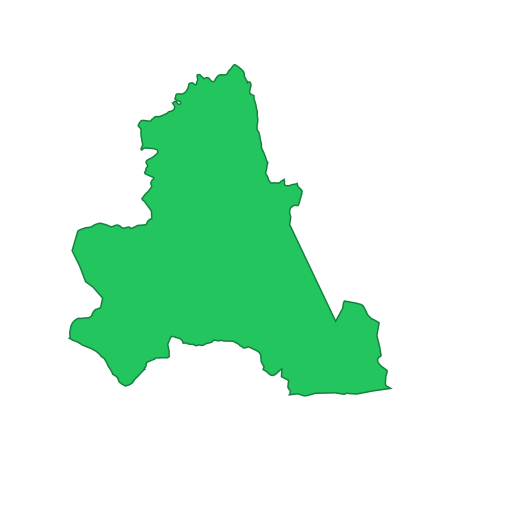 outline of Birim Central Municipal, Eastern, Ghana, rotated 112°
{"feature_id": "2480657B80684943588404", "entity_name": "Birim Central Municipal", "entity_type": "district", "adm_level": 2, "iso_a3": "GHA", "parent_name": "Ghana", "parent_adm1": "Eastern", "projection": "mercator", "projection_center": [-1.02, 5.977], "detail": "fine", "context": "isolated", "style": "filled", "palette": "green", "viewbox_px": 512, "rotation_deg": 112, "n_neighbors": 0, "source": "geoboundaries", "source_scale": "gbopen_adm2", "svg_char_len": 6132}
<svg xmlns="http://www.w3.org/2000/svg" viewBox="0 0 512 512"><g transform="rotate(112 256 256)"><path d="M402.8,316.8L402.8,317.1L402.6,317.3L402.2,317.5L400.8,316.9L399.9,316.8L399.2,316.8L396.4,317.4L395.6,317.4L395.3,317.2L389.3,311.2L388.4,310.8L387.8,310.3L387.3,309.3L387.0,308.0L386.7,307.2L385.4,304.8L383.7,300.4L383.4,299.9L382.6,299.2L382.1,298.9L381.0,298.9L379.2,300.1L377.5,300.5L370.9,304.8L362.8,304.6L361.6,302.7L361.4,302.1L361.6,299.7L361.1,297.2L361.1,295.6L361.8,293.2L362.7,292.1L363.5,291.5L364.1,290.8L364.0,290.1L362.7,288.5L363.0,286.6L362.6,284.3L361.5,281.2L361.7,278.0L359.7,275.3L359.4,273.0L358.6,271.7L357.7,270.8L355.8,269.4L353.8,266.3L352.2,264.7L350.1,263.7L349.6,262.9L349.2,261.8L349.1,260.0L348.4,258.5L347.1,256.4L346.8,253.9L343.6,245.5L344.2,239.5L345.2,236.9L345.2,235.0L345.9,233.9L345.8,232.8L344.8,231.0L343.4,229.5L343.0,228.9L343.5,220.0L344.0,217.6L344.3,216.7L345.7,214.8L351.9,211.6L353.5,209.9L355.8,207.0L358.5,207.0L358.8,205.9L358.9,204.1L359.4,202.5L360.7,198.9L360.9,197.8L360.5,195.8L359.4,194.3L357.9,193.3L351.6,190.3L351.3,190.0L351.1,189.6L358.4,187.2L359.1,179.2L364.7,177.6L366.2,176.9L367.1,175.6L367.7,174.3L369.1,173.2L370.7,173.0L372.2,173.1L368.6,166.6L368.0,164.8L367.8,160.5L367.6,159.2L367.1,157.7L366.0,155.9L364.9,154.6L362.5,151.3L361.4,150.3L353.2,131.4L351.2,122.4L349.4,120.8L348.9,118.9L346.3,111.0L337.2,96.9L328.3,81.5L327.9,83.9L327.9,85.3L327.7,86.4L327.2,87.3L325.9,88.2L319.6,90.4L314.5,91.0L313.2,91.5L312.9,91.9L311.5,97.7L310.8,99.8L309.0,102.9L307.9,103.8L306.7,104.4L305.8,104.5L304.5,104.4L302.7,103.2L301.5,102.7L294.3,107.1L284.4,114.2L271.8,116.8L271.0,122.3L270.8,125.6L270.1,127.5L268.9,130.1L267.1,132.3L265.8,133.5L262.3,137.6L261.9,138.7L261.7,139.7L261.6,140.6L262.2,145.5L264.6,157.2L267.0,157.3L267.7,157.0L272.1,156.1L272.9,156.1L286.7,157.7L214.1,236.7L211.3,237.2L209.2,237.8L206.9,238.3L203.9,240.7L200.6,242.0L198.2,241.8L194.9,239.9L194.3,238.4L193.9,236.8L193.0,235.8L190.1,235.8L189.2,236.0L186.5,236.4L185.3,236.3L183.4,236.7L181.9,236.7L180.5,237.0L178.4,237.7L177.8,238.5L176.4,241.8L176.0,243.1L173.3,245.1L175.2,247.2L175.7,248.4L176.8,249.9L178.1,251.1L179.5,254.2L179.3,256.3L177.3,257.2L176.5,257.3L174.4,258.5L177.4,260.8L179.5,261.6L179.7,262.6L180.4,263.1L180.6,264.5L180.9,265.5L182.8,269.6L181.9,270.9L181.0,272.5L178.2,274.9L175.8,278.1L170.7,278.9L167.8,279.7L165.0,280.0L163.6,282.0L161.4,283.7L157.9,286.9L153.7,291.4L150.0,293.0L147.3,295.0L142.7,297.9L140.2,299.7L138.6,302.2L136.3,303.3L134.0,304.1L131.0,304.7L128.1,305.8L125.6,307.3L122.0,308.7L118.9,310.9L116.0,312.7L113.7,314.4L111.3,316.6L108.0,318.1L108.1,320.2L107.4,322.7L106.2,323.4L103.6,324.0L101.6,324.2L100.0,324.5L98.3,325.3L97.0,326.8L97.4,327.9L98.7,328.9L97.5,329.4L96.8,330.5L93.8,334.0L90.8,335.6L90.0,336.4L89.5,337.1L88.6,339.0L87.1,343.5L87.0,344.6L86.6,346.0L86.5,346.9L86.9,347.9L88.0,348.4L93.2,349.8L93.3,350.0L93.7,350.1L94.4,350.6L95.2,350.8L97.5,350.8L98.4,351.2L99.3,352.0L99.7,352.8L100.3,354.1L101.1,356.6L102.3,358.1L103.4,358.8L104.8,359.3L107.1,359.8L107.4,360.0L108.0,359.8L109.3,360.0L110.3,360.6L110.6,361.6L110.4,363.1L109.5,365.1L108.9,366.1L108.7,367.0L108.7,367.6L109.1,368.8L110.6,369.9L110.9,370.6L110.7,371.5L109.4,375.1L109.0,375.7L109.3,377.3L109.8,378.0L110.5,378.3L111.5,378.0L112.2,377.4L113.8,376.4L115.4,376.0L117.5,376.1L119.0,375.5L119.6,375.8L119.9,376.5L119.8,377.9L119.3,379.3L119.3,380.2L119.9,381.1L121.3,382.6L125.9,381.9L129.7,382.5L131.7,383.5L132.8,384.4L133.5,385.2L135.1,389.6L135.5,390.1L136.3,390.5L136.8,390.5L139.0,390.1L140.1,390.2L140.7,389.9L141.1,389.4L141.4,387.4L141.4,384.0L141.7,383.4L142.4,383.1L143.2,383.1L143.8,383.4L144.1,383.8L144.3,384.9L144.0,385.7L142.8,387.8L143.2,389.4L144.7,390.3L145.2,390.2L145.4,390.6L146.1,389.9L146.9,388.5L147.7,387.6L148.6,387.1L150.2,386.9L150.8,386.9L151.2,387.1L152.6,387.9L153.1,388.4L153.5,388.9L154.6,390.5L155.5,391.3L157.0,391.8L161.5,396.2L162.8,397.7L163.3,398.6L163.8,400.1L164.8,401.8L165.2,402.1L167.6,403.1L168.2,403.6L168.8,403.9L170.1,403.8L170.8,405.0L172.5,411.3L173.1,412.6L173.4,413.0L175.3,413.7L176.5,414.0L179.0,414.1L179.7,413.7L180.9,410.9L181.6,410.2L182.7,409.6L185.2,408.7L187.8,407.5L191.1,405.3L192.6,404.6L193.4,403.9L194.5,403.1L195.6,402.7L198.3,402.6L198.4,402.8L200.0,402.7L200.5,401.9L200.3,401.4L198.3,400.5L197.6,399.7L197.4,399.3L196.9,397.6L196.6,397.1L194.7,390.6L194.6,390.0L194.7,387.4L195.2,386.7L196.2,386.0L197.5,386.0L199.8,386.9L200.6,387.4L201.1,387.5L204.5,389.8L206.9,392.1L208.7,393.1L209.9,393.2L210.9,392.7L212.6,390.4L213.0,390.2L214.0,390.2L215.4,390.7L217.0,390.6L218.4,390.2L219.5,390.5L220.5,390.5L221.1,389.8L221.4,388.9L221.6,380.6L222.1,379.9L223.0,380.0L224.8,380.8L227.2,381.0L228.5,380.4L230.4,378.8L231.3,378.7L236.6,380.2L240.6,381.9L242.9,382.6L244.2,382.8L245.6,383.3L246.6,382.0L246.8,380.8L247.3,379.7L253.1,370.4L254.1,369.5L255.8,368.7L256.6,368.5L259.5,367.0L260.7,366.7L260.8,367.0L261.5,367.9L262.8,368.8L264.5,369.4L265.3,369.5L266.4,369.4L267.4,369.6L268.4,370.2L268.9,370.8L269.6,372.5L270.1,373.0L270.3,373.8L271.2,375.4L271.9,377.1L274.2,379.0L275.9,380.7L276.5,381.1L277.3,382.2L276.8,383.6L276.7,384.4L276.9,384.6L277.0,385.3L278.4,387.1L279.7,389.1L280.1,390.7L279.2,393.3L279.0,394.9L279.1,395.7L279.8,397.3L281.0,398.7L282.1,399.6L283.1,400.8L283.3,403.3L283.1,406.7L283.9,412.5L285.0,414.4L287.5,417.3L290.0,419.0L291.5,420.6L293.5,424.3L297.5,428.9L299.5,430.5L319.9,428.5L331.5,415.6L343.7,404.3L345.9,395.4L352.5,382.4L361.8,380.8L362.2,380.9L364.2,382.8L365.8,384.8L366.9,385.3L368.1,385.7L370.4,386.1L373.2,386.0L373.7,386.3L375.7,387.7L376.3,388.5L378.4,393.1L379.2,394.2L379.8,396.1L380.6,397.6L381.2,398.2L383.8,400.0L386.9,401.1L390.0,401.3L391.5,401.1L396.9,400.0L400.3,398.2L401.9,398.1L402.2,398.3L402.7,394.4L402.6,389.2L403.6,383.0L403.6,374.0L404.1,369.2L405.5,364.5L407.0,362.1L407.9,358.3L410.8,354.5L413.6,351.6L416.9,346.9L419.3,344.5L419.8,341.2L420.7,338.8L424.1,335.5L425.0,332.2L425.5,328.4L422.7,325.0L419.9,323.1L415.6,322.2L412.3,320.7L403.5,317.3L402.8,316.8Z" fill="#22c55e" stroke="#15803d" stroke-width="1.5"/></g></svg>